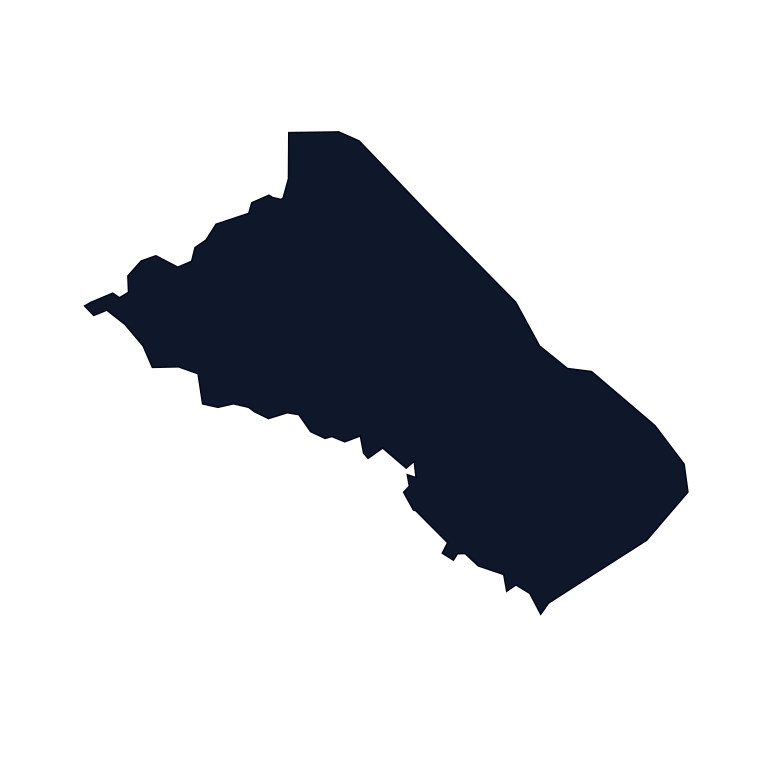 the district of Rincón, Puerto Rico, rotated 161°
{"feature_id": "32010507B13421931783932", "entity_name": "Rincón", "entity_type": "district", "adm_level": 2, "iso_a3": "PRI", "parent_name": "Puerto Rico", "parent_adm1": "", "projection": "natural_earth1", "projection_center": [-67.225, 18.337], "detail": "fine", "context": "isolated", "style": "filled", "palette": "ink", "viewbox_px": 768, "rotation_deg": 161, "n_neighbors": 0, "source": "geoboundaries", "source_scale": "gbopen_adm2", "svg_char_len": 1299}
<svg xmlns="http://www.w3.org/2000/svg" viewBox="0 0 768 768"><g transform="rotate(161 384 384)"><path d="M310.8,115.3L300.4,122.8L299.7,123.3L277.2,128.8L186.4,150.8L131.8,182.9L126.3,210.5L141.3,256.3L147.4,266.7L165.2,296.9L165.6,297.5L183.7,328.2L187.1,329.9L204.8,338.6L205.5,338.9L224.6,369.5L225.3,374.0L231.2,408.8L232.6,417.3L232.8,418.4L235.2,423.4L247.2,448.6L270.6,497.6L282.2,521.9L284.6,527.0L287.1,532.2L301.8,564.2L302.1,564.9L308.4,578.6L328.3,621.8L344.7,637.1L392.2,652.7L407.5,609.2L418.7,592.9L421.1,591.9L428.6,596.6L431.3,600.0L450.1,598.4L456.3,589.4L490.7,589.8L505.4,578.1L518.3,574.5L525.9,562.7L541.0,561.6L557.9,579.5L573.5,579.4L591.0,569.6L595.7,553.9L606.1,551.7L610.9,558.2L634.2,556.7L641.7,555.3L636.1,543.3L622.1,544.1L609.6,524.8L599.4,498.5L597.6,475.1L572.6,467.1L556.5,454.2L562.0,424.2L548.6,416.0L532.9,414.3L519.7,406.1L515.3,399.7L504.4,388.9L484.8,388.3L474.5,382.7L468.9,362.9L457.4,351.7L450.4,351.3L439.9,342.1L423.3,342.6L425.8,325.1L423.2,318.9L406.1,323.9L390.4,297.2L380.6,301.1L384.2,285.0L391.5,290.7L393.3,279.2L400.7,275.2L397.2,255.2L395.2,253.9L375.5,213.2L384.0,205.1L375.7,194.8L369.8,199.6L362.5,197.2L354.0,181.2L332.8,164.9L335.5,148.1L324.7,151.1L314.3,138.5L310.8,115.3Z" fill="#0f172a" stroke="#020617" stroke-width="1.5"/></g></svg>